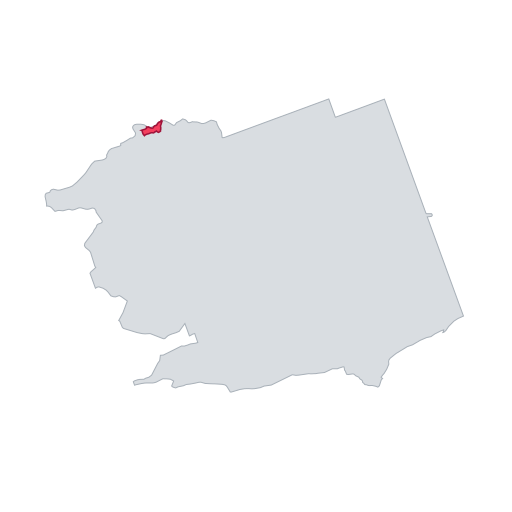 Ag Geneina, Western Darfur, Sudan shown in context, rotated 70°
{"feature_id": "16777658B14333470072302", "entity_name": "Ag Geneina", "entity_type": "district", "adm_level": 2, "iso_a3": "SDN", "parent_name": "Sudan", "parent_adm1": "Western Darfur", "projection": "equal_earth", "projection_center": [22.252, 13.37], "detail": "fine", "context": "in_parent", "style": "filled", "palette": "rose", "viewbox_px": 512, "rotation_deg": 70, "n_neighbors": 0, "source": "geoboundaries", "source_scale": "gbopen_adm2", "svg_char_len": 5531}
<svg xmlns="http://www.w3.org/2000/svg" viewBox="0 0 512 512"><g transform="rotate(70 256 256)"><path d="M335.9,414.3L332.2,414.3L331.8,413.1L331.8,409.8L332.2,407.4L333.5,403.5L333.1,401.4L333.3,398.3L332.3,394.9L323.2,385.0L321.4,382.3L316.6,379.8L317.4,377.0L315.1,356.7L316.1,354.3L316.3,350.8L316.2,347.7L317.3,342.5L317.4,340.3L307.9,340.1L307.8,342.4L308.3,344.9L308.3,345.9L295.1,345.9L300.5,353.9L300.7,357.4L300.5,361.7L300.6,364.5L300.9,366.3L302.4,369.9L302.3,370.5L302.0,371.4L292.7,382.0L291.2,386.9L290.0,389.5L287.3,393.9L278.8,405.2L277.4,406.0L270.9,406.3L270.2,406.6L269.7,407.1L263.8,400.4L254.3,392.3L248.1,396.5L246.4,398.0L246.4,401.9L245.5,403.9L243.8,406.0L239.2,407.4L236.8,408.5L234.0,410.7L231.2,414.3L231.0,416.2L231.4,417.9L215.4,417.9L214.4,416.5L212.0,410.5L210.4,410.9L195.9,410.2L193.9,410.8L189.7,413.3L187.6,413.7L185.5,412.5L177.8,400.7L176.2,399.3L174.4,396.5L172.8,395.2L172.2,394.3L172.0,393.1L172.1,390.5L171.5,388.9L170.3,388.5L160.1,391.2L158.6,390.9L156.5,391.4L155.8,391.9L154.9,393.5L154.8,396.7L154.5,398.3L153.7,400.1L150.8,404.1L150.2,405.9L150.3,410.3L150.1,412.5L149.7,413.5L148.4,415.2L148.0,416.2L147.5,421.9L145.9,425.3L145.5,426.5L145.4,429.0L145.2,429.7L140.5,431.7L138.8,433.0L137.7,434.9L137.5,435.7L135.5,435.0L133.0,434.5L128.1,433.9L126.2,433.0L125.3,431.7L125.6,428.2L125.1,427.5L124.3,426.9L123.8,425.4L123.9,423.6L126.4,419.7L127.0,417.5L127.6,407.6L127.4,404.6L125.4,399.0L120.7,389.4L119.6,387.5L113.8,379.6L113.1,378.4L111.7,375.1L113.2,367.8L113.3,365.8L112.9,363.7L111.5,362.1L110.1,361.9L108.4,360.0L107.3,359.1L106.3,357.4L105.6,355.0L106.1,346.4L105.8,345.2L104.3,344.9L103.9,344.3L104.0,342.6L103.2,337.8L102.3,333.7L102.8,331.5L101.6,328.4L99.2,327.1L94.6,328.1L93.1,328.0L92.1,327.4L91.4,326.3L91.1,324.9L91.4,323.0L92.7,319.3L94.4,316.3L97.7,313.6L98.6,312.1L99.1,310.5L99.2,308.7L99.0,306.7L98.6,305.0L97.6,302.6L96.7,299.8L96.7,298.0L97.1,296.6L98.0,295.0L101.3,291.9L104.7,289.2L105.2,288.3L105.0,287.2L103.5,285.1L103.0,280.9L102.1,278.0L103.8,275.8L105.1,275.0L107.1,274.3L107.9,273.4L108.1,271.6L108.0,269.9L108.7,268.7L109.7,266.0L110.4,264.8L113.0,261.7L113.6,259.7L113.7,257.7L113.0,251.8L114.5,249.3L116.4,247.3L119.2,247.5L123.4,247.0L126.3,246.2L128.3,246.2L133.0,247.3L133.5,246.8L133.8,245.2L133.3,133.9L152.6,134.0L152.8,133.8L152.5,81.7L273.5,81.7L274.5,81.5L276.3,76.6L277.1,76.3L278.3,76.6L278.8,77.7L277.8,81.7L383.4,81.6L383.8,87.6L384.9,92.3L388.1,99.1L390.8,102.8L391.7,104.8L391.9,105.8L391.8,106.6L391.0,105.6L389.6,104.9L389.6,108.1L390.4,114.7L391.6,119.2L391.0,123.5L391.4,130.7L393.0,139.3L392.9,144.8L395.5,157.7L397.9,164.8L399.1,166.6L400.5,167.5L403.1,168.2L407.0,171.8L410.1,175.7L411.2,177.7L412.7,179.9L413.7,179.5L414.3,178.9L415.3,180.7L420.2,184.5L420.9,186.3L419.3,188.1L417.4,191.1L416.5,193.9L416.0,194.8L414.5,196.6L414.3,197.4L413.6,198.0L412.9,198.0L411.3,199.0L409.8,198.7L408.4,199.2L407.8,199.9L406.7,200.5L405.1,200.8L402.7,203.2L400.6,204.3L399.9,205.3L398.9,210.0L398.1,211.3L394.9,211.4L393.4,211.8L391.2,211.3L390.2,211.3L389.9,212.4L389.7,216.4L389.8,218.2L388.1,222.8L388.9,231.5L387.3,238.1L387.1,239.6L385.5,244.7L384.6,246.7L382.6,256.4L381.8,259.3L380.0,262.5L382.5,285.8L381.0,292.9L381.2,296.9L380.2,302.6L379.4,305.3L378.0,308.5L376.8,312.1L375.9,316.9L375.4,325.8L375.0,326.7L369.4,327.8L367.6,328.4L366.4,329.4L365.0,331.7L362.2,338.1L360.7,341.9L358.4,347.3L355.7,351.0L355.1,352.9L354.7,356.3L353.8,361.7L352.9,365.5L353.1,368.6L352.3,373.9L352.5,376.6L351.5,378.0L350.2,379.4L349.3,379.7L345.3,376.1L342.5,378.6L340.8,382.1L339.5,385.6L340.4,393.0L340.3,394.7L340.0,396.4L337.4,403.7L336.7,407.1L335.9,412.9L335.9,414.3Z" fill="#d9dde1" stroke="#a8b0b8" stroke-width="1"/><path d="M105.9,302.9L105.2,302.8L104.9,302.7L104.7,302.4L104.4,302.2L104.0,302.0L103.7,302.0L103.5,301.9L102.9,301.6L102.4,301.5L101.7,301.4L101.2,301.3L100.9,301.2L100.3,300.5L100.0,300.3L99.5,300.0L99.2,299.6L98.8,299.5L98.4,299.3L98.0,298.9L97.8,298.5L97.6,298.3L97.1,298.3L96.8,298.3L96.3,298.2L96.2,298.2L96.2,298.3L96.0,298.6L96.2,298.8L96.3,298.8L96.5,299.0L96.7,299.3L96.8,299.4L96.8,299.5L97.0,299.7L97.0,299.8L97.1,300.0L97.2,300.4L97.1,300.5L97.0,300.8L96.9,301.0L97.0,301.2L97.0,301.4L97.0,301.5L97.1,301.8L97.2,302.1L97.3,302.1L97.3,302.3L97.4,302.5L97.5,302.7L97.7,302.8L97.8,302.9L97.9,303.1L98.0,303.4L98.1,303.5L98.3,303.8L98.5,303.9L98.5,304.0L98.8,304.2L98.8,304.3L99.0,304.5L99.2,304.8L99.2,305.0L99.1,305.3L99.1,305.5L99.1,305.8L99.1,306.0L99.1,306.3L99.1,306.6L99.0,306.9L99.1,307.0L99.3,307.3L99.4,307.5L99.5,307.6L99.5,307.8L99.5,308.0L99.7,308.3L99.8,308.3L100.0,308.4L100.0,308.5L100.3,308.8L100.5,309.0L100.5,309.3L100.5,309.5L100.4,309.8L100.4,310.0L100.1,310.4L100.0,310.6L99.9,310.7L99.7,310.8L99.6,311.2L99.6,311.3L99.4,311.4L99.3,311.5L99.2,311.6L99.1,311.8L98.9,312.1L98.7,312.3L98.6,312.5L98.4,312.5L98.2,312.5L98.0,312.8L97.9,312.9L98.0,313.1L98.0,313.3L97.9,313.5L97.8,313.8L97.7,313.9L97.6,314.0L97.4,314.3L97.4,314.5L97.3,314.8L98.6,315.2L98.9,316.8L98.7,320.0L98.7,320.7L99.1,320.2L99.7,320.2L100.3,320.4L101.4,320.4L102.3,320.4L103.2,320.3L104.4,319.8L104.5,319.8L104.8,319.7L104.3,318.6L104.3,318.4L104.3,318.2L104.2,317.1L104.3,315.9L104.4,315.4L104.4,314.5L104.3,312.9L104.4,312.2L104.5,311.7L105.2,310.4L105.3,310.0L105.1,309.4L104.9,309.0L104.8,308.7L104.7,308.4L104.9,308.1L104.8,307.8L104.6,307.3L104.4,306.9L105.0,306.6L105.4,306.3L105.9,306.0L106.5,305.4L106.5,305.2L106.4,304.5L106.2,303.6L105.9,302.9Z" fill="#f43f5e" stroke="#9f1239" stroke-width="1.5"/></g></svg>